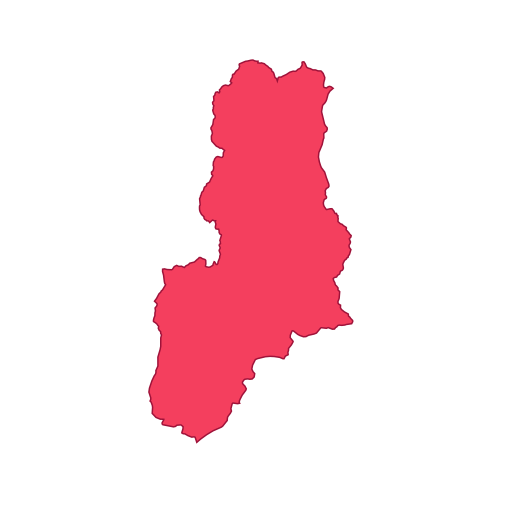 the district of Muong Lat, Thanh Hóa, Vietnam, rotated 120°
{"feature_id": "81297802B72565329345275", "entity_name": "Muong Lat", "entity_type": "district", "adm_level": 2, "iso_a3": "VNM", "parent_name": "Vietnam", "parent_adm1": "Thanh Hóa", "projection": "mercator", "projection_center": [104.609, 20.511], "detail": "fine", "context": "isolated", "style": "filled", "palette": "rose", "viewbox_px": 512, "rotation_deg": 120, "n_neighbors": 0, "source": "geoboundaries", "source_scale": "gbopen_adm2", "svg_char_len": 6099}
<svg xmlns="http://www.w3.org/2000/svg" viewBox="0 0 512 512"><g transform="rotate(120 256 256)"><path d="M391.7,196.5L391.1,197.4L389.4,198.0L387.4,198.2L383.4,198.4L377.4,197.7L375.9,198.0L374.2,200.6L373.5,203.1L373.0,204.0L371.9,204.7L369.0,204.4L368.2,203.9L366.6,201.8L365.8,199.7L364.4,197.8L361.7,197.1L358.5,198.3L357.7,200.7L356.0,203.1L352.2,204.4L346.0,204.8L344.0,203.3L338.5,197.5L335.8,193.6L333.9,189.9L332.4,186.1L331.9,184.7L331.5,181.3L331.0,180.4L328.0,180.5L325.4,178.8L323.5,180.2L321.4,180.7L319.7,181.6L315.2,180.9L311.7,181.0L311.3,181.3L309.6,185.6L307.4,186.7L302.9,187.3L302.4,186.8L302.2,185.9L303.0,180.7L302.9,178.2L302.2,174.5L300.8,172.4L298.4,170.9L294.5,166.7L292.5,165.1L286.0,164.0L285.4,163.5L283.4,158.9L281.9,157.7L281.2,153.3L280.0,151.5L278.2,151.3L276.9,150.6L275.3,150.4L274.2,149.3L273.2,147.1L271.3,144.5L270.2,143.6L266.8,139.3L264.5,139.4L263.5,140.1L262.7,142.9L262.0,144.2L261.9,145.7L260.1,147.1L260.2,151.5L259.6,155.3L258.6,157.0L256.3,158.2L256.3,160.2L255.9,161.3L254.4,162.3L252.1,162.6L250.9,162.9L245.0,165.7L244.4,167.9L243.8,168.5L242.7,168.9L241.7,171.2L241.5,172.3L241.0,173.2L239.7,174.4L238.6,176.3L237.0,177.8L236.5,177.8L235.3,177.2L233.9,175.7L232.0,175.7L229.8,174.6L227.4,175.2L226.3,175.0L225.3,174.2L224.2,174.0L222.7,174.3L219.9,176.6L218.8,176.9L215.8,177.1L214.6,176.8L213.8,176.3L212.5,176.4L211.1,175.6L209.7,176.1L208.1,175.8L203.0,177.0L202.0,179.3L201.0,180.3L200.1,180.8L198.0,180.8L196.6,181.2L194.5,183.8L192.1,183.3L190.7,183.8L190.1,186.2L189.5,187.1L188.2,191.1L186.5,191.7L186.1,192.3L186.0,195.5L185.5,197.2L185.9,199.1L185.3,201.8L185.1,202.3L182.2,203.7L181.3,204.9L180.3,204.9L179.8,206.7L178.9,207.6L179.5,208.4L179.5,209.1L178.2,211.0L177.1,213.6L177.2,214.1L178.1,215.5L180.5,218.1L180.5,218.6L179.1,221.6L178.1,222.9L176.3,224.3L173.3,225.1L172.7,225.0L170.9,224.0L170.3,224.1L169.6,224.4L168.3,226.6L166.4,227.5L164.9,228.7L162.4,228.8L160.4,227.7L159.0,227.7L157.4,228.9L152.9,234.3L149.0,238.5L146.8,243.6L145.4,245.4L142.9,248.1L139.1,251.4L135.0,253.3L126.5,254.4L121.1,256.1L119.9,256.2L116.2,258.5L115.2,258.5L112.6,257.3L110.5,257.7L109.3,258.6L108.7,260.5L107.6,262.5L99.0,270.7L98.0,271.5L92.9,273.4L92.0,273.6L89.0,272.9L86.9,272.8L85.4,273.0L79.8,274.5L76.3,274.4L72.2,273.0L71.9,275.4L72.2,276.9L72.7,277.6L73.7,278.3L75.3,279.0L75.9,281.1L75.7,281.9L74.1,283.1L71.5,284.2L68.7,284.9L67.0,285.7L64.3,289.1L63.3,291.8L63.4,292.5L64.7,294.9L65.1,297.5L66.4,299.8L66.6,302.8L67.1,304.2L67.2,305.4L67.2,306.3L66.9,306.9L64.9,309.5L63.9,311.5L64.4,312.5L65.2,313.0L67.6,311.5L71.2,311.5L73.4,313.0L75.5,313.6L76.5,314.4L77.3,316.2L79.9,318.6L83.7,320.5L87.1,322.9L88.3,323.5L89.7,325.6L90.4,325.9L93.8,325.0L92.0,327.1L92.1,328.1L91.8,328.9L89.0,331.8L88.2,332.9L88.1,334.4L86.5,336.2L86.4,339.4L85.9,340.5L85.7,343.3L85.3,344.9L86.1,348.0L86.9,348.8L87.8,351.0L86.3,351.6L87.1,353.0L87.7,354.8L87.8,356.6L88.9,358.2L91.2,360.6L92.7,362.5L97.9,366.4L98.9,366.2L100.0,365.0L102.8,364.4L105.8,365.7L109.4,365.9L109.9,366.7L111.0,366.9L113.1,365.8L114.8,366.0L117.8,365.5L118.2,363.6L119.7,363.9L121.8,364.7L122.4,365.2L123.2,367.9L124.8,369.4L127.0,370.2L128.6,370.2L130.5,370.7L131.8,369.5L133.0,369.4L133.3,370.0L133.0,370.9L133.1,371.4L134.3,372.7L134.7,372.7L135.9,372.6L137.2,372.1L139.1,372.5L142.2,370.3L142.8,370.1L144.1,370.4L144.9,370.3L146.1,369.3L146.9,367.7L148.8,367.2L149.9,366.5L151.0,366.5L151.7,366.1L154.1,363.6L154.7,361.8L156.1,360.7L157.2,360.5L159.0,361.0L163.8,359.1L167.6,359.1L168.7,358.3L169.4,357.0L171.2,355.4L172.0,354.9L174.5,354.6L177.3,352.9L178.7,351.5L180.7,345.3L180.5,343.0L180.7,341.4L179.7,339.2L180.1,337.7L180.2,336.0L183.0,335.9L185.8,334.4L187.4,334.5L188.1,335.5L188.9,338.7L189.2,339.1L190.2,339.9L192.9,340.3L194.0,339.9L195.8,339.9L199.0,338.4L199.7,337.4L201.8,336.3L203.7,335.9L205.7,336.5L207.5,335.2L207.8,333.9L208.3,333.5L211.2,333.6L215.2,333.2L218.3,334.8L219.6,334.2L220.5,334.3L222.3,335.1L226.0,334.2L227.5,334.7L228.3,334.7L231.0,334.0L231.7,334.1L232.4,333.7L234.6,333.5L239.6,329.9L240.9,329.9L242.6,329.0L244.3,327.9L245.6,326.6L247.3,323.9L248.0,320.7L249.1,320.1L249.9,318.7L249.9,316.9L250.2,316.2L249.6,315.2L249.5,314.3L250.2,312.8L246.7,311.7L246.5,311.2L246.4,309.6L245.7,308.6L247.0,308.3L248.4,306.7L251.4,305.7L252.5,304.5L252.2,303.1L251.4,301.8L252.7,300.5L254.2,299.6L255.1,298.0L254.9,296.7L255.6,296.2L260.6,295.1L261.6,293.9L262.6,293.4L263.1,292.9L264.2,293.5L265.2,293.2L266.9,291.0L269.4,290.8L269.9,290.5L272.2,287.7L274.2,287.3L275.9,286.5L280.2,285.9L281.7,285.2L282.8,285.4L283.2,286.2L281.7,289.0L281.8,289.4L284.4,289.1L285.6,288.7L288.4,290.2L289.4,291.3L290.2,293.8L290.1,294.7L287.9,295.5L285.0,297.3L284.7,297.8L284.6,298.7L285.1,301.1L285.0,303.1L285.7,304.4L287.0,304.6L288.4,305.2L292.0,306.3L295.4,309.8L297.3,310.2L299.6,311.8L301.8,312.3L302.1,315.4L303.6,317.7L303.8,320.0L306.1,321.5L309.3,321.7L310.1,322.2L312.2,326.3L312.9,328.8L314.1,330.3L316.1,329.2L318.9,326.4L324.1,322.5L325.3,321.4L326.1,319.9L332.2,320.0L333.8,320.6L334.8,320.4L337.2,321.1L342.5,320.9L345.9,321.3L346.5,318.8L347.0,317.7L347.6,317.3L348.9,317.0L351.5,317.4L353.9,315.6L355.7,315.1L358.3,313.7L360.5,313.4L362.9,312.7L364.0,312.0L364.1,309.7L364.5,307.6L365.2,306.3L365.4,305.4L365.8,305.0L367.4,304.5L368.7,302.8L369.2,300.8L370.8,299.7L371.3,298.7L371.8,298.3L374.6,297.5L381.9,293.3L385.1,292.2L392.6,290.4L400.4,285.9L405.3,285.4L406.7,284.5L408.4,284.0L410.7,284.2L416.3,283.7L423.7,282.2L427.4,280.7L431.5,276.2L432.7,275.5L434.6,275.2L435.0,273.7L437.3,271.0L438.9,269.8L444.2,267.2L445.8,261.9L445.2,257.4L443.5,254.2L443.8,254.0L447.5,253.9L448.4,253.3L448.7,252.3L445.2,242.0L443.8,240.5L442.1,239.9L439.9,236.7L439.8,236.2L440.3,233.8L442.3,232.8L445.9,232.0L446.4,231.6L446.3,230.2L445.6,228.6L445.6,225.2L445.0,221.1L443.6,219.3L443.4,218.1L447.0,214.1L442.6,212.6L435.4,209.4L428.7,205.7L421.6,200.5L420.1,199.8L412.9,198.7L410.5,199.8L409.3,200.1L404.9,199.6L402.6,199.7L400.8,201.4L396.1,202.7L395.3,202.7L394.8,202.3L393.1,198.1L391.7,196.5Z" fill="#f43f5e" stroke="#9f1239" stroke-width="1.5"/></g></svg>